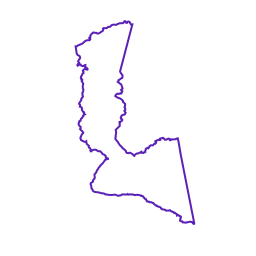 Pracuúba, Amapá, Brazil, rotated 260°
{"feature_id": "56859067B17599195278011", "entity_name": "Pracuúba", "entity_type": "district", "adm_level": 2, "iso_a3": "BRA", "parent_name": "Brazil", "parent_adm1": "Amapá", "projection": "natural_earth1", "projection_center": [-51.252, 1.606], "detail": "fine", "context": "isolated", "style": "outline", "palette": "violet", "viewbox_px": 256, "rotation_deg": 260, "n_neighbors": 0, "source": "geoboundaries", "source_scale": "gbopen_adm2", "svg_char_len": 5843}
<svg xmlns="http://www.w3.org/2000/svg" viewBox="0 0 256 256"><g transform="rotate(260 128 128)"><path d="M22.7,176.7L92.9,175.3L104.8,175.4L109.2,175.2L109.0,173.7L108.7,173.1L108.9,170.6L109.3,168.8L108.7,168.1L108.6,167.3L109.0,167.0L109.5,167.2L110.0,167.1L110.3,166.5L110.5,166.0L110.3,164.8L109.8,163.6L110.1,163.0L110.1,162.2L112.0,161.1L112.3,160.7L112.3,160.2L111.9,159.7L112.1,158.3L111.9,157.5L111.3,157.4L110.7,157.5L110.8,156.6L111.1,155.8L110.7,154.8L110.7,153.8L110.3,153.5L110.4,152.8L110.0,152.6L109.7,153.0L108.5,153.1L108.2,152.4L107.7,152.0L107.9,151.2L106.6,149.5L107.0,147.4L106.5,146.2L105.5,145.6L104.5,144.4L105.1,143.9L104.6,142.3L104.2,141.8L103.3,141.6L102.3,140.9L101.4,140.9L101.1,140.4L101.2,138.9L100.8,138.6L101.5,137.5L101.2,136.9L101.5,136.4L102.1,136.6L101.2,133.9L101.4,132.7L100.9,131.0L100.0,129.6L99.5,129.4L99.7,129.0L101.7,127.7L103.2,125.8L103.4,125.1L103.1,124.2L103.7,122.5L104.3,122.1L105.0,121.9L105.7,121.9L106.5,121.5L109.2,119.1L109.6,118.8L110.4,118.6L112.0,117.3L114.4,116.1L116.4,115.4L118.7,113.9L120.3,113.7L121.3,114.4L122.8,114.5L124.1,115.1L126.6,115.7L127.4,115.5L128.3,115.6L131.5,120.2L131.9,120.4L133.3,120.4L134.3,120.9L135.0,120.5L135.4,120.7L135.8,122.6L136.3,123.4L136.7,123.7L137.4,123.8L137.9,123.4L138.4,122.6L138.8,122.6L139.5,122.7L140.3,123.4L140.8,123.4L141.7,124.6L141.9,127.0L142.2,127.5L143.1,127.8L143.5,128.3L145.5,127.4L146.3,128.5L146.9,128.4L147.9,128.7L149.0,128.2L150.4,128.9L152.0,129.4L152.6,129.1L154.6,127.6L155.5,127.8L157.6,126.3L158.9,124.7L159.3,123.6L161.3,121.3L161.7,121.0L162.2,121.3L162.9,122.0L163.6,123.3L163.5,124.0L163.1,124.7L163.4,125.6L163.1,126.9L163.3,127.6L164.1,127.6L164.8,128.7L165.5,128.8L165.9,128.6L166.2,128.0L166.8,127.8L167.6,129.3L168.0,129.6L169.0,129.3L171.7,129.0L172.2,128.8L173.3,127.6L174.1,127.0L175.2,125.9L176.1,126.9L176.7,126.9L177.3,128.5L178.2,130.2L178.3,131.0L178.8,131.3L179.9,131.6L181.5,131.6L182.0,131.1L183.7,130.4L184.9,130.0L185.5,130.2L229.3,150.3L229.5,148.9L230.6,148.4L231.4,148.3L232.7,147.3L232.8,146.1L231.7,145.2L232.0,144.4L233.3,144.0L233.7,143.7L233.8,143.1L232.3,141.7L232.1,140.8L232.4,139.4L232.6,137.8L232.1,135.3L231.7,134.8L231.6,134.3L232.2,132.6L232.3,130.5L232.0,129.5L231.0,128.3L230.8,127.7L231.0,126.2L230.9,125.6L230.1,124.5L230.1,123.9L230.6,121.1L230.2,120.6L229.4,120.7L228.7,120.6L228.1,120.1L226.4,116.1L226.2,114.9L226.3,114.2L227.2,113.4L227.5,111.9L227.7,111.2L228.1,110.7L227.9,109.8L225.7,107.0L223.8,106.6L223.7,105.6L223.1,105.5L222.6,106.2L221.9,106.3L221.4,105.8L221.1,105.2L221.4,104.0L221.5,103.0L221.3,101.7L221.1,101.0L219.3,98.2L218.7,96.5L218.0,92.9L217.3,91.8L217.5,90.6L210.3,90.4L208.6,91.1L207.3,92.8L206.1,93.1L205.5,93.1L204.8,92.8L203.8,91.5L202.1,90.4L200.6,91.3L200.2,91.2L199.6,89.6L198.7,89.0L198.1,89.3L198.8,91.1L198.7,92.4L198.0,92.5L197.5,92.9L196.8,94.0L196.8,94.8L197.4,96.3L197.4,96.9L195.7,96.2L194.6,97.7L194.1,97.5L193.1,98.5L192.6,98.3L192.5,97.8L192.7,97.4L193.1,97.5L193.7,95.6L193.1,94.4L192.3,93.5L191.8,93.5L191.3,93.9L190.4,93.5L189.9,93.7L189.7,93.1L188.9,92.2L188.0,91.9L187.0,90.8L186.5,90.7L186.1,90.4L185.5,90.5L185.0,90.2L184.4,90.4L184.2,90.9L183.8,91.3L183.3,91.4L182.9,91.1L182.6,90.6L182.2,90.5L179.9,91.5L178.7,91.5L177.6,90.8L175.0,90.4L173.4,90.8L172.8,90.4L171.8,90.2L171.1,89.8L170.3,89.0L168.9,89.1L167.9,88.8L167.1,89.1L166.7,89.1L164.8,87.0L163.9,87.0L163.0,86.3L161.4,84.6L160.3,84.0L159.9,84.2L159.4,84.8L158.6,84.8L157.4,84.3L157.2,85.0L156.3,85.9L155.6,85.9L155.0,86.1L154.5,85.8L154.0,85.7L152.2,86.4L151.7,86.9L151.3,86.9L151.1,87.4L150.6,87.5L149.9,87.1L148.9,87.9L148.6,86.8L148.3,86.4L148.0,86.0L147.5,86.0L147.2,85.6L145.8,84.5L145.6,83.8L145.2,83.3L143.4,82.5L143.4,81.7L142.9,81.0L141.9,80.9L141.2,80.2L139.8,80.0L139.0,80.3L137.2,81.6L136.7,81.3L135.9,81.3L135.3,80.6L133.5,81.7L133.0,82.3L131.2,83.2L130.5,82.6L129.7,81.4L128.5,80.7L127.5,79.9L126.7,79.7L126.3,79.3L125.9,79.3L124.7,79.8L124.2,79.7L122.5,81.9L121.8,83.2L121.8,83.8L122.2,84.6L120.1,84.5L119.4,84.7L117.2,86.4L116.7,86.0L115.3,86.3L114.6,87.2L113.3,87.5L112.7,87.5L112.3,87.0L111.5,87.3L111.4,88.0L112.0,88.3L112.4,89.0L112.5,91.3L112.0,92.9L110.3,94.5L110.0,96.5L108.4,97.7L106.8,98.4L105.8,100.0L104.3,101.2L103.5,100.9L102.4,101.6L101.4,103.0L101.0,103.0L100.8,100.9L101.0,100.4L100.6,100.0L97.8,97.2L96.5,95.3L96.1,95.0L95.6,93.9L94.6,93.2L93.9,92.1L92.5,91.1L91.9,90.3L90.7,89.4L90.1,89.2L89.4,88.6L88.3,87.1L87.6,86.8L85.1,86.7L83.9,86.2L83.6,85.5L82.5,84.4L81.3,84.2L80.7,83.1L80.2,81.8L79.5,81.4L77.8,81.7L74.7,81.6L74.1,82.1L71.9,82.7L70.9,84.0L69.4,88.6L68.2,90.8L67.9,92.4L67.2,93.7L66.6,94.0L66.4,94.5L66.3,95.5L65.5,97.2L65.4,98.1L64.9,99.9L64.7,103.0L64.5,104.0L63.2,106.0L62.9,107.0L63.1,108.7L62.9,109.2L63.1,109.9L63.5,110.4L63.6,111.1L62.8,114.4L62.7,115.7L63.0,116.2L62.5,116.5L62.2,117.1L62.4,118.7L61.8,119.9L61.8,121.2L61.1,122.2L60.6,123.5L60.8,124.3L60.5,125.3L60.6,125.9L60.1,127.0L59.9,127.8L59.1,128.8L59.2,129.4L58.7,129.7L58.4,130.5L58.0,131.0L56.8,131.4L56.6,131.8L55.2,132.5L54.7,133.4L52.6,133.8L52.6,134.3L51.8,135.2L51.8,135.8L51.3,136.1L51.1,136.7L51.1,137.3L50.8,137.7L50.7,138.4L49.9,139.2L49.7,139.9L48.1,140.8L47.7,141.4L46.5,142.3L46.5,143.0L45.9,143.2L45.7,143.7L45.3,144.0L44.9,145.2L44.3,146.0L43.7,146.5L43.1,146.5L42.7,147.0L42.2,147.2L41.0,150.4L40.3,150.7L40.0,151.3L39.6,153.7L39.8,154.4L39.7,155.1L39.2,155.3L38.5,156.1L38.3,156.8L37.7,157.2L37.3,158.3L36.2,158.8L36.2,159.6L35.8,159.8L34.4,161.4L33.3,161.1L33.4,162.4L33.2,162.8L32.3,163.5L31.9,164.5L31.5,164.7L30.3,164.5L30.0,163.9L28.7,163.6L28.2,163.2L27.7,163.1L27.2,163.7L26.6,165.2L26.3,165.4L25.8,165.3L25.5,165.6L25.6,166.1L25.3,166.6L25.2,167.1L24.8,168.1L24.7,168.8L25.0,169.4L24.8,170.6L25.0,172.3L24.9,172.9L24.3,174.7L22.6,175.5L22.3,175.9L22.2,176.5L22.7,176.7Z" fill="none" stroke="#5b21b6" stroke-width="2"/></g></svg>